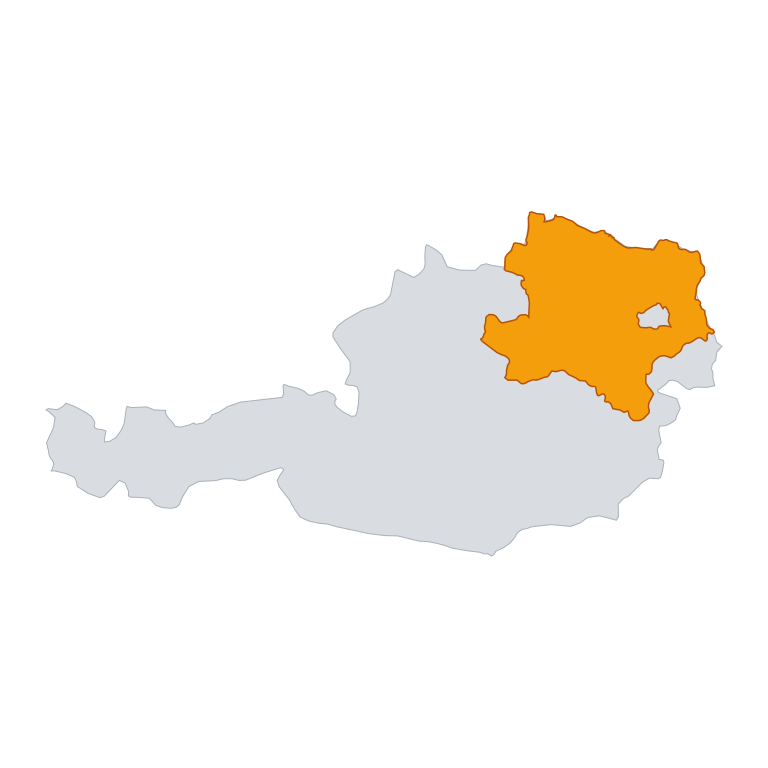 Niederösterreich highlighted on a map of Austria
{"feature_id": "AUT-2330", "entity_name": "Niederösterreich", "entity_type": "State", "adm_level": 1, "iso_a3": "AUT", "parent_name": "Austria", "parent_adm1": "", "projection": "mercator", "projection_center": [15.834, 48.226], "detail": "fine", "context": "in_parent", "style": "filled", "palette": "amber", "viewbox_px": 768, "rotation_deg": 0, "n_neighbors": 0, "source": "natural_earth", "source_scale": "10m", "svg_char_len": 8851}
<svg xmlns="http://www.w3.org/2000/svg" viewBox="0 0 768 768"><path d="M46.4,443.1L53.6,427.3L55.1,417.4L48.8,411.6L46.1,409.9L48.3,408.6L57.3,409.7L63.0,406.4L66.0,403.2L74.0,406.2L85.8,412.4L91.3,416.5L93.6,419.8L94.9,422.4L94.2,427.1L96.8,428.9L102.4,429.6L106.0,431.0L104.7,437.0L104.5,442.0L109.6,441.3L116.0,437.5L121.0,430.6L124.1,424.0L126.4,407.7L127.2,406.3L131.1,407.6L146.7,406.9L154.0,409.9L165.7,410.4L165.5,413.0L167.5,416.9L172.7,422.7L175.2,426.4L180.7,427.1L189.0,425.0L193.9,422.9L195.7,424.4L203.3,422.9L210.1,418.3L211.8,414.8L218.6,412.3L227.8,406.5L240.5,402.1L282.0,397.4L283.7,393.8L283.0,385.6L284.1,384.4L289.4,386.4L297.8,388.3L304.2,391.2L308.4,395.0L312.3,395.2L318.3,392.5L326.4,390.8L334.0,394.8L336.2,399.0L334.8,401.2L335.0,404.6L337.3,407.5L343.5,412.2L351.4,416.3L355.5,415.9L357.0,412.0L358.5,402.7L359.0,392.7L357.2,386.9L353.0,385.5L347.9,385.1L345.2,383.9L346.1,380.7L350.2,372.6L350.1,361.6L340.9,349.2L333.0,337.1L333.0,333.0L337.8,325.8L345.1,320.1L361.5,310.6L366.7,308.6L373.3,307.0L382.9,303.1L387.5,299.1L390.5,294.7L395.0,271.9L396.1,271.0L397.4,269.6L414.1,277.5L415.6,276.2L418.4,274.9L423.9,268.9L425.1,264.3L424.9,255.6L425.4,247.4L426.5,244.8L429.0,245.7L436.2,250.0L441.9,254.8L447.2,266.8L459.7,270.1L475.5,270.4L481.1,265.0L486.2,263.8L492.0,265.4L504.2,267.3L505.5,257.5L512.6,247.4L515.8,243.8L524.7,244.2L526.9,236.6L529.1,215.5L531.0,213.2L537.5,213.6L543.9,217.5L545.9,220.6L549.2,220.3L554.0,218.2L559.1,216.9L567.3,219.1L584.7,228.7L593.7,232.2L599.4,231.5L604.7,231.6L625.3,246.4L639.6,248.5L652.8,248.5L657.0,244.1L662.6,240.3L668.4,240.8L673.5,242.8L683.4,249.2L688.0,250.8L694.1,251.8L698.5,253.3L702.5,264.4L704.7,267.3L704.3,268.7L703.8,273.8L700.4,280.1L696.7,288.4L696.9,295.7L706.4,320.8L714.9,336.1L716.5,341.9L721.9,346.4L716.8,352.0L715.7,360.3L712.4,364.0L711.5,368.7L712.9,373.0L712.9,378.4L714.8,385.8L706.5,387.4L696.7,387.1L693.2,387.6L689.9,389.6L686.5,388.6L677.6,381.6L672.6,380.1L669.0,380.5L666.4,383.6L661.8,387.4L657.6,390.1L658.5,392.5L676.9,398.8L680.2,408.3L676.6,416.1L675.4,420.0L671.1,423.0L665.8,425.6L659.5,426.2L658.7,430.4L661.2,442.8L659.2,445.4L657.2,449.3L659.1,459.4L663.0,460.1L663.9,462.4L663.2,466.5L662.5,470.8L661.1,475.5L660.4,477.5L657.8,478.8L649.6,478.1L642.6,482.0L628.5,496.1L623.5,498.5L618.1,504.1L618.5,516.5L617.7,517.6L616.4,520.2L599.5,515.8L598.9,515.9L587.6,517.5L579.9,523.1L570.5,526.4L550.8,524.6L531.6,526.8L527.1,528.5L522.1,529.4L517.4,532.7L514.8,537.3L510.0,543.2L503.2,547.8L495.8,551.3L494.1,554.3L491.6,556.0L487.5,553.7L484.2,553.9L480.1,552.3L466.6,550.7L451.7,548.0L444.6,545.4L436.6,543.3L427.9,541.6L420.2,541.2L416.3,540.5L397.7,535.9L385.4,535.6L369.2,533.7L337.0,526.8L327.6,524.1L318.7,523.2L308.1,520.8L300.0,516.9L294.8,509.5L289.3,499.7L279.2,486.8L277.2,480.4L280.3,474.7L283.4,470.5L283.1,468.6L280.6,467.7L262.9,473.2L245.7,480.2L238.9,480.4L232.4,478.8L223.7,478.7L215.3,480.6L198.6,481.5L188.8,486.7L182.6,496.7L179.2,504.7L176.3,507.3L170.5,508.3L161.8,507.5L155.6,505.2L149.4,498.3L139.7,497.4L130.8,497.2L128.4,495.9L128.6,491.4L125.1,483.0L119.3,480.4L104.2,496.2L100.1,497.7L88.0,493.3L77.4,486.5L76.3,481.5L74.6,477.4L65.7,473.5L54.6,470.9L51.1,470.9L52.4,468.5L53.8,464.4L52.9,461.2L50.3,457.8L48.9,454.2L48.5,450.7L47.7,447.9L47.2,445.2L46.4,443.1Z" fill="#d9dde1" stroke="#a8b0b8" stroke-width="1"/><path d="M531.9,212.0L536.8,213.7L543.7,214.3L544.4,216.2L544.8,218.0L544.7,219.9L544.1,221.8L545.9,221.8L552.7,220.0L553.1,219.7L554.3,218.2L554.6,217.5L554.9,215.7L555.2,215.1L555.9,215.1L556.3,215.7L556.7,216.4L557.1,216.7L561.3,216.7L563.3,217.3L567.5,219.5L571.5,220.8L573.4,221.9L577.8,225.7L579.8,226.5L585.1,228.6L592.0,232.4L593.9,232.9L596.0,232.9L597.5,232.4L600.6,230.8L601.4,230.6L604.1,230.6L604.6,231.0L605.0,232.6L605.4,233.3L606.0,233.6L607.7,233.7L608.7,234.4L609.4,234.7L610.1,234.7L609.2,235.9L610.3,235.6L611.3,235.6L612.0,236.2L612.1,237.7L613.6,237.3L614.0,237.9L614.0,238.8L614.2,239.5L623.1,246.0L627.8,248.0L636.0,247.5L648.4,249.4L648.5,249.3L650.3,249.0L651.5,249.9L652.0,250.1L653.4,249.7L654.3,248.8L658.8,241.1L660.4,240.0L662.9,240.4L663.8,240.4L665.4,239.7L666.3,239.6L667.1,239.8L668.6,240.8L673.9,242.4L675.5,242.6L677.2,243.2L677.9,244.9L678.2,246.8L678.9,248.4L680.1,249.2L681.5,249.5L684.8,249.3L686.2,249.8L689.4,251.9L691.0,252.5L692.7,252.3L696.1,251.1L697.6,251.2L699.7,254.2L700.9,263.1L704.0,266.6L704.8,272.9L704.3,274.6L704.1,275.3L702.7,276.8L701.2,278.0L700.6,279.2L700.1,281.0L697.8,284.4L696.9,286.2L696.5,288.1L695.7,295.2L695.5,296.1L695.3,296.5L695.1,297.1L695.1,298.5L695.3,299.3L696.0,299.8L697.8,299.9L698.3,300.2L699.3,301.0L700.2,302.0L700.6,303.1L700.4,303.7L700.0,304.5L699.9,305.1L700.2,305.4L700.5,305.7L700.8,306.4L701.1,307.1L701.2,307.7L701.5,308.5L702.1,308.9L702.9,309.3L703.9,310.2L704.5,310.4L704.8,310.9L704.9,311.4L704.8,313.0L704.8,313.6L706.2,318.4L706.6,320.8L706.6,323.7L707.3,325.7L709.5,328.2L710.7,328.9L712.1,329.2L713.1,329.8L714.4,332.2L713.3,333.3L712.7,333.7L711.9,333.9L710.9,333.7L710.1,333.1L709.2,332.7L708.5,332.9L707.4,334.2L707.0,336.1L707.1,337.1L707.3,338.1L707.2,339.2L706.6,340.4L705.5,341.1L704.1,340.3L701.4,338.2L700.0,337.6L698.2,337.8L696.1,338.8L692.5,341.4L688.8,343.2L687.8,343.0L686.7,343.2L684.8,344.1L682.7,345.9L681.4,349.3L680.5,350.9L679.3,352.1L676.2,354.2L674.5,356.0L671.0,357.8L664.8,355.7L661.7,355.9L659.1,356.7L654.9,360.0L653.5,361.5L652.1,364.1L651.9,369.2L651.6,370.8L651.1,372.0L650.0,373.2L648.9,374.1L645.9,374.4L645.8,382.5L646.5,384.1L647.9,386.4L650.9,390.0L653.5,394.0L650.6,399.7L650.0,400.6L649.2,402.2L648.7,403.7L648.4,406.5L648.7,408.4L649.2,410.0L649.1,411.6L649.0,412.9L644.3,417.9L642.9,419.0L640.7,420.2L638.4,420.6L633.3,420.5L630.3,417.9L629.3,416.0L628.8,414.5L628.7,414.0L628.6,413.0L628.3,412.1L628.1,411.5L627.8,411.1L627.3,410.9L625.2,412.0L624.4,412.3L623.8,412.2L623.0,411.9L622.2,411.2L620.0,410.0L612.8,408.7L611.7,405.7L610.7,403.6L608.3,401.9L606.2,401.9L605.5,401.7L604.9,401.4L604.7,400.5L604.8,400.0L605.2,398.7L605.3,397.8L605.3,396.9L605.2,396.1L605.0,395.7L604.5,394.7L604.0,394.2L603.3,393.8L602.2,394.0L599.2,395.6L598.3,395.7L597.4,395.1L596.8,393.4L596.4,391.9L595.9,388.1L595.5,387.1L594.9,386.5L593.7,386.3L593.0,386.5L592.1,386.5L591.1,386.2L589.4,385.3L588.2,384.5L587.1,383.0L585.3,381.0L579.3,380.5L575.9,378.0L568.6,374.5L564.8,371.0L563.4,370.4L561.6,370.2L556.2,371.6L555.6,371.6L551.9,371.0L549.5,374.2L549.0,375.2L548.1,376.2L547.2,376.8L543.8,377.5L539.3,379.3L536.5,380.1L535.7,380.1L534.2,379.8L532.8,379.9L531.1,380.4L527.5,381.9L525.3,383.2L523.1,383.8L521.2,383.5L518.5,381.3L517.7,380.4L517.2,380.1L508.0,380.2L504.9,377.7L506.4,374.4L506.5,372.8L506.6,369.8L507.8,364.9L509.4,362.6L509.4,360.1L508.8,359.1L507.9,358.0L506.0,356.5L504.1,355.5L501.3,354.6L496.7,352.3L482.4,341.5L480.8,339.5L480.9,338.9L481.6,338.7L482.0,338.5L482.4,338.1L483.6,335.7L483.7,335.3L483.7,334.6L483.8,334.3L483.9,334.0L484.9,332.8L485.4,332.0L485.4,331.5L485.3,331.1L485.1,330.8L484.9,330.2L484.5,326.5L484.7,325.7L485.1,324.6L485.4,323.5L485.9,318.2L486.0,317.3L486.2,317.0L486.4,316.8L486.6,316.5L487.2,316.0L487.8,315.6L489.0,314.6L493.0,314.7L494.5,315.3L495.8,316.2L497.0,317.5L499.4,321.0L500.9,322.4L502.8,322.9L515.5,319.8L516.7,318.8L518.0,316.9L519.3,315.7L520.9,315.0L525.3,314.7L526.3,315.0L527.4,315.7L528.7,317.2L528.8,314.3L529.4,302.8L528.3,296.2L527.9,295.0L526.2,293.7L525.7,289.4L523.5,288.6L521.5,285.8L521.1,284.4L521.1,283.2L521.3,282.4L521.3,281.2L521.4,280.8L521.5,280.5L521.9,280.4L523.9,280.6L524.2,280.4L524.2,279.8L524.1,278.4L523.2,277.0L522.0,275.9L520.5,275.4L517.3,275.0L514.5,273.4L511.6,272.2L506.0,270.9L504.4,269.4L504.2,269.0L504.6,268.6L505.0,265.1L505.0,261.0L505.3,257.4L507.0,254.6L511.6,250.5L512.1,248.0L513.0,246.4L513.3,244.8L513.8,243.5L515.2,243.0L519.8,243.6L524.4,245.5L526.2,245.3L527.2,243.0L527.0,242.7L526.6,241.9L526.2,240.8L526.1,239.9L526.2,239.0L526.9,237.3L528.7,228.9L528.7,225.1L528.4,221.0L528.4,217.2L529.6,214.3L529.5,213.6L529.5,213.0L529.7,212.5L530.0,212.3L531.9,212.0ZM663.0,308.8L662.7,308.4L660.3,304.2L659.8,303.5L657.0,303.3L656.7,304.3L656.0,304.9L654.5,305.3L651.3,306.9L645.4,310.7L644.9,311.5L643.9,312.4L643.1,312.9L642.0,313.2L640.8,313.4L638.7,312.3L638.0,313.1L637.4,313.9L637.2,314.4L636.9,315.4L636.9,316.6L637.6,317.8L638.3,318.5L638.7,319.4L638.9,320.2L638.2,324.0L638.9,325.3L639.4,325.9L639.8,326.8L640.8,327.4L646.2,327.8L648.6,327.4L651.0,327.4L652.2,328.2L653.8,328.9L654.6,329.1L656.6,329.2L657.5,328.6L658.0,328.1L658.3,327.4L658.5,326.9L659.2,326.3L660.6,325.9L664.7,325.7L670.9,326.8L668.9,322.8L668.3,320.9L668.8,317.3L669.4,314.5L669.5,314.1L669.4,313.7L669.2,313.3L668.5,312.6L668.2,310.9L667.9,309.9L666.9,308.9L666.5,307.8L665.6,306.9L663.9,307.2L663.3,308.2L663.1,308.8L663.0,308.8Z" fill="#f59e0b" stroke="#b45309" stroke-width="1.5"/></svg>